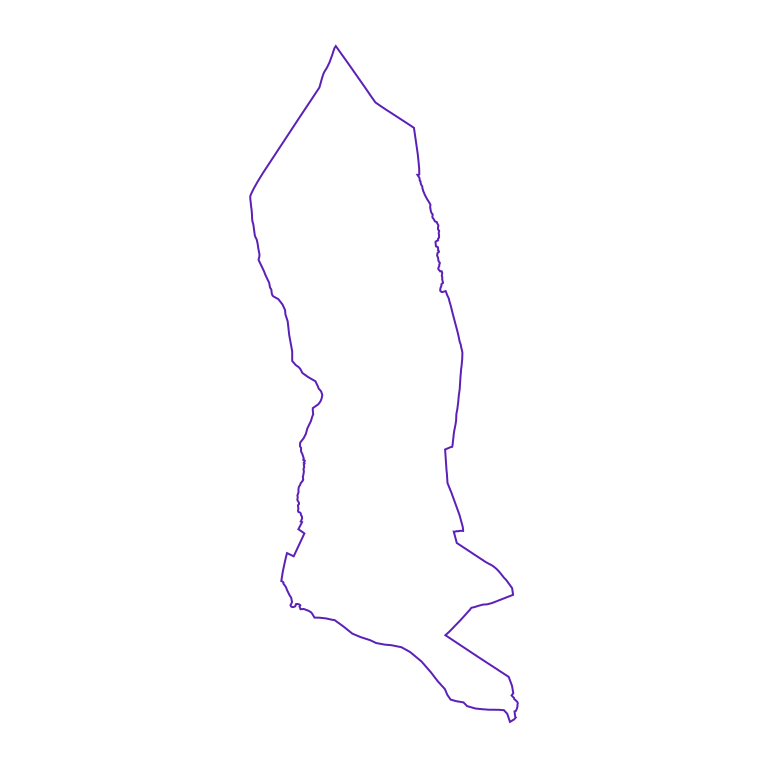 outline of Patrauti, Suceava, Romania
{"feature_id": "2599482B36922885866950", "entity_name": "Patrauti", "entity_type": "district", "adm_level": 2, "iso_a3": "ROU", "parent_name": "Romania", "parent_adm1": "Suceava", "projection": "mercator", "projection_center": [26.182, 47.734], "detail": "fine", "context": "isolated", "style": "outline", "palette": "violet", "viewbox_px": 768, "rotation_deg": 0, "n_neighbors": 0, "source": "geoboundaries", "source_scale": "gbopen_adm2", "svg_char_len": 6066}
<svg xmlns="http://www.w3.org/2000/svg" viewBox="0 0 768 768"><path d="M510.0,721.9L514.1,719.4L515.1,718.3L515.5,717.7L515.8,717.5L515.2,716.6L514.5,711.4L515.8,711.0L516.8,708.9L517.5,706.4L517.4,705.1L517.8,703.5L517.4,702.0L515.4,700.0L514.3,699.2L513.9,697.8L512.3,696.2L511.6,695.4L513.3,693.2L512.0,685.8L508.7,676.9L477.0,656.2L445.4,635.2L449.3,631.7L461.0,619.6L470.1,609.5L470.9,608.3L471.7,607.7L474.8,607.0L478.1,605.9L482.9,604.6L487.3,604.3L492.1,603.0L513.1,594.8L512.1,588.1L506.3,580.1L503.8,577.5L499.2,571.7L496.5,568.9L494.1,566.9L492.3,565.6L485.8,562.1L456.8,543.0L453.8,531.7L454.3,531.8L455.3,531.6L456.6,531.1L457.3,531.3L458.0,531.3L458.8,531.0L459.5,531.0L460.1,530.8L463.1,530.9L463.1,529.7L462.7,526.7L459.5,515.0L451.5,492.9L447.5,483.0L447.4,481.6L446.9,473.7L446.5,470.1L445.1,449.5L450.5,447.2L452.2,446.8L452.6,444.7L453.8,433.7L454.2,431.0L455.5,424.5L456.1,420.6L456.3,416.3L456.3,414.5L457.4,408.6L458.3,401.2L458.8,395.5L459.7,389.2L460.5,376.5L461.2,368.4L461.5,366.6L462.2,359.0L462.4,352.6L461.9,350.1L461.2,347.3L460.8,344.9L459.7,341.7L459.4,340.4L458.8,337.3L457.6,332.1L452.7,313.6L451.2,307.5L450.4,304.4L449.5,301.6L448.8,298.5L448.2,297.2L447.2,295.2L446.6,293.5L445.7,291.1L442.9,291.9L442.2,292.1L441.8,292.0L441.4,291.9L441.1,291.5L440.5,291.1L440.3,290.8L440.2,290.5L440.4,288.3L440.6,287.7L441.0,286.9L441.4,285.7L441.4,284.4L441.5,284.1L442.1,283.6L442.8,283.1L443.0,282.9L443.0,282.5L442.7,281.5L442.5,280.4L442.2,279.6L442.2,279.0L442.3,278.5L442.3,277.6L442.2,276.7L441.9,276.3L441.8,275.8L441.9,275.1L442.2,273.7L442.2,273.0L442.0,272.1L441.8,271.4L441.3,271.2L440.2,271.4L439.7,270.6L438.9,269.9L438.5,269.4L438.3,268.8L438.5,267.4L439.2,266.3L439.3,265.8L439.2,264.7L439.3,264.3L439.7,263.8L439.8,263.2L439.8,262.8L439.5,262.3L439.0,261.8L438.6,261.1L438.4,260.6L438.1,257.9L438.0,257.5L437.1,255.6L437.1,255.1L437.4,254.5L437.4,253.3L437.5,253.0L438.7,252.2L438.9,251.9L439.0,251.5L438.9,251.2L438.2,250.7L438.0,250.3L438.2,249.4L438.1,248.3L437.9,247.2L437.3,246.8L436.3,246.6L436.0,246.4L435.8,245.5L435.8,244.5L435.6,243.1L435.5,242.4L435.6,241.6L436.0,241.5L436.7,240.9L437.5,240.7L438.1,240.3L438.1,239.8L438.0,238.9L438.1,238.7L438.9,237.8L439.1,237.1L439.0,236.4L439.1,234.7L438.9,234.3L438.7,233.3L439.0,231.4L439.2,231.0L439.0,230.5L438.2,229.7L438.0,229.2L438.0,227.1L438.3,226.3L438.4,225.4L436.9,222.8L436.9,222.2L436.5,221.9L435.0,221.4L434.5,220.7L433.8,219.2L432.6,217.7L432.4,217.2L432.4,216.5L432.6,215.5L432.6,214.4L432.5,214.0L431.9,213.5L431.4,212.8L430.8,210.9L430.6,209.9L430.5,208.8L430.2,207.9L430.2,206.2L430.4,205.3L430.4,204.6L429.1,202.3L426.8,198.6L424.6,194.4L423.9,192.4L423.3,191.4L423.0,189.9L422.5,188.7L422.3,186.7L422.0,185.9L421.4,185.2L420.9,183.9L420.6,182.8L420.6,182.1L420.5,181.3L419.9,180.9L419.7,180.3L419.7,179.4L419.4,177.8L417.5,174.9L418.7,174.9L419.2,174.5L419.3,173.9L419.2,169.1L418.7,163.2L417.7,153.7L414.1,128.9L414.0,127.9L407.4,123.5L385.8,109.5L379.4,105.2L375.4,102.4L371.4,96.8L366.3,89.3L348.8,64.3L335.8,46.1L334.5,48.1L333.4,51.2L332.5,54.2L329.5,62.4L327.1,67.4L324.2,72.1L323.4,73.9L322.2,77.5L319.4,87.5L298.2,119.4L262.8,173.2L257.6,181.7L253.5,189.0L251.0,194.2L250.4,195.8L250.2,196.9L250.3,198.9L250.8,203.2L251.2,207.2L251.6,209.7L252.0,215.0L252.1,218.7L252.5,221.7L253.1,223.5L253.5,225.6L254.8,235.3L255.5,237.3L256.7,239.5L257.7,244.1L258.3,248.4L259.5,254.6L259.3,256.9L258.7,259.1L258.6,260.0L263.9,271.0L265.3,274.7L269.2,282.9L270.0,287.5L271.3,289.4L271.8,293.7L272.6,295.7L273.9,296.7L278.3,299.1L282.5,304.5L285.1,310.1L285.4,314.3L287.7,321.4L289.2,335.0L292.2,351.4L292.2,361.0L295.8,365.1L298.9,367.3L300.4,369.1L302.4,373.0L307.6,376.7L311.6,379.1L315.4,381.2L317.8,386.2L318.8,388.8L320.1,390.1L321.3,391.8L322.3,395.1L321.6,398.6L320.4,401.5L318.3,404.3L312.8,408.1L312.8,410.6L313.2,414.3L312.3,416.5L310.9,421.1L307.4,428.3L305.8,434.0L303.7,438.1L300.2,442.6L300.1,443.6L300.0,445.3L300.0,446.3L301.1,448.0L301.1,448.4L301.0,451.1L301.1,451.4L301.6,452.7L302.4,454.0L302.5,454.8L303.1,456.2L303.3,457.2L303.7,458.2L303.7,458.5L303.3,459.7L303.3,459.9L304.2,460.1L304.7,460.6L304.8,460.8L304.7,461.2L303.8,462.5L303.7,462.7L303.7,462.8L303.9,462.9L304.5,463.2L304.6,463.5L304.1,464.3L303.8,464.9L303.8,465.5L304.1,465.9L304.2,467.3L303.7,468.1L303.7,468.3L303.8,468.7L303.5,469.3L303.5,469.6L303.5,469.9L303.8,470.5L303.9,471.6L303.2,475.7L302.9,476.3L302.8,476.7L302.9,477.3L303.0,477.5L303.1,479.0L303.0,479.4L303.2,479.8L303.1,480.0L302.6,480.6L302.5,481.1L301.8,481.8L301.2,482.7L300.8,483.0L300.7,483.1L300.2,484.7L300.0,485.2L299.8,485.5L299.3,486.1L299.0,486.7L298.7,487.7L298.4,490.2L298.5,490.9L298.6,491.8L298.3,492.9L298.1,493.1L298.0,494.1L297.7,494.6L297.4,495.3L297.5,495.9L297.7,497.2L297.6,498.6L297.4,499.0L297.3,499.7L297.6,500.6L298.3,501.6L298.9,502.7L299.0,503.1L299.0,503.5L299.0,503.9L299.0,504.0L298.2,504.9L298.1,505.2L298.0,505.4L298.3,508.2L298.4,508.7L298.1,510.3L298.1,511.0L298.2,511.6L298.5,512.0L300.0,512.5L300.4,512.9L300.7,513.3L300.8,513.8L301.0,515.0L301.8,516.3L302.0,517.1L302.0,517.9L302.1,518.5L302.0,518.9L301.4,520.1L301.1,521.1L300.8,521.5L302.1,522.1L298.4,529.2L304.4,533.4L293.7,556.3L287.0,553.1L285.9,557.4L284.1,565.4L282.9,571.1L281.3,581.0L282.2,581.4L283.0,582.0L283.5,582.6L283.4,583.6L283.5,583.9L284.6,585.1L286.0,587.3L287.1,590.2L289.7,595.5L290.3,596.3L291.2,597.8L291.4,598.4L291.5,599.8L292.1,601.7L291.7,602.8L291.4,603.6L290.5,605.1L291.0,606.4L292.3,607.1L293.6,607.0L295.1,606.4L295.7,605.5L295.8,604.3L296.3,604.0L297.2,604.0L298.6,604.2L299.7,604.7L300.3,605.3L299.5,606.6L300.5,609.2L303.8,609.0L308.6,610.8L310.8,612.1L312.0,613.4L314.5,617.6L319.5,617.7L325.9,618.4L332.3,619.8L334.6,620.1L344.1,627.0L352.3,633.6L360.6,637.1L370.2,640.2L376.1,643.0L384.6,644.6L391.4,645.2L401.4,647.2L410.2,652.1L421.5,661.5L430.9,672.3L437.8,681.3L444.9,689.1L447.3,694.8L450.6,699.6L456.4,701.2L463.5,702.4L467.1,706.1L475.4,708.5L482.1,709.2L488.7,709.7L498.8,709.8L503.9,710.2L507.2,713.7L510.0,721.9Z" fill="none" stroke="#5b21b6" stroke-width="2"/></svg>